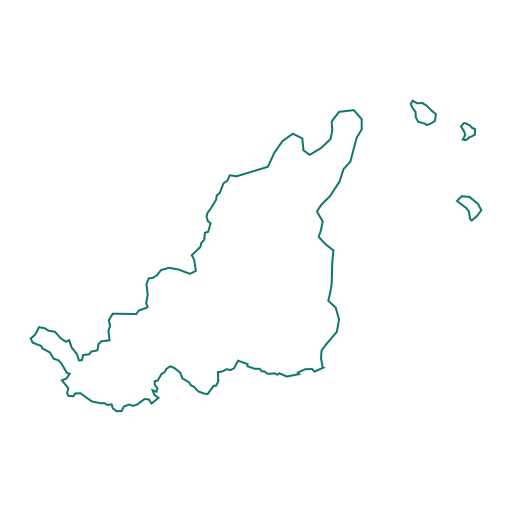 Fajardo, Puerto Rico
{"feature_id": "32010507B96449576459370", "entity_name": "Fajardo", "entity_type": "district", "adm_level": 2, "iso_a3": "PRI", "parent_name": "Puerto Rico", "parent_adm1": "", "projection": "mercator", "projection_center": [-65.654, 18.33], "detail": "fine", "context": "isolated", "style": "outline", "palette": "teal", "viewbox_px": 512, "rotation_deg": 0, "n_neighbors": 0, "source": "geoboundaries", "source_scale": "gbopen_adm2", "svg_char_len": 3393}
<svg xmlns="http://www.w3.org/2000/svg" viewBox="0 0 512 512"><path d="M30.7,338.5L32.7,342.7L41.1,345.9L42.5,348.5L50.0,352.5L53.5,358.6L58.4,360.3L61.5,363.5L66.7,372.7L69.7,373.7L66.4,378.6L61.9,380.3L68.3,388.2L67.1,392.9L68.4,395.9L73.4,396.2L75.3,393.4L80.5,393.3L91.7,401.4L100.9,403.3L104.1,403.1L107.8,405.0L111.6,404.3L112.8,408.3L116.6,411.3L121.6,411.0L123.9,406.5L129.3,404.5L132.8,405.9L137.0,404.6L144.5,399.1L148.9,399.4L151.5,403.5L158.5,397.9L154.3,394.7L152.6,390.2L156.4,391.7L157.5,388.7L154.7,384.4L154.7,381.3L157.8,380.5L161.3,374.3L164.8,371.9L166.3,369.0L170.1,366.3L174.2,367.9L180.3,372.7L182.2,378.2L189.1,382.4L190.8,385.2L193.9,386.7L198.2,391.3L203.5,393.4L207.6,394.1L213.6,385.8L216.0,385.8L218.3,381.2L217.9,372.1L222.2,371.5L226.8,369.2L230.3,370.1L233.9,368.4L238.1,360.7L247.6,364.1L247.4,366.2L254.6,368.8L259.8,368.8L261.7,371.4L264.4,371.4L267.6,373.8L275.1,373.4L277.4,374.7L279.4,373.3L286.8,376.5L299.2,374.1L297.9,372.6L305.3,369.2L309.7,369.1L312.0,368.9L314.5,371.6L323.2,367.7L322.7,367.5L321.0,358.5L321.2,355.7L321.5,350.6L326.6,343.8L336.8,331.9L337.7,327.1L338.8,320.8L338.9,320.2L339.0,320.0L339.1,319.4L337.7,314.6L335.9,308.4L335.7,307.6L334.5,306.5L328.3,300.8L330.6,290.6L331.7,283.2L332.3,262.3L332.5,260.0L333.4,250.4L326.5,245.0L326.1,244.7L325.5,244.2L322.5,241.0L318.7,236.9L321.0,230.1L321.3,228.2L322.7,221.6L321.7,219.8L317.9,213.1L317.0,211.4L321.0,205.2L323.3,202.8L330.0,196.1L332.0,193.1L338.7,182.8L339.6,181.4L343.6,169.0L346.8,165.5L350.4,161.6L354.6,145.5L356.5,138.3L356.6,137.9L361.7,129.4L361.7,127.4L361.7,121.7L361.7,119.6L361.7,119.2L353.8,110.2L353.3,110.2L349.7,110.6L343.6,111.3L339.1,111.9L337.5,113.9L331.7,121.5L332.0,126.4L332.3,130.5L331.7,133.6L331.6,133.8L330.6,139.0L321.0,148.1L309.7,154.8L303.4,150.3L303.1,146.3L302.3,138.4L292.8,133.7L287.8,137.3L282.7,140.9L280.7,143.7L275.1,151.6L274.3,152.8L267.9,166.8L262.6,168.4L261.9,168.6L244.8,173.8L236.5,176.3L229.8,175.3L227.3,180.7L223.5,183.3L219.7,193.1L216.8,195.4L216.5,197.4L216.1,199.7L211.2,207.8L207.5,212.9L206.6,216.3L207.8,221.1L210.6,223.3L208.2,231.8L204.9,232.8L204.3,239.6L201.1,243.3L200.4,247.0L191.8,255.2L194.2,259.8L195.7,269.5L195.9,270.9L190.0,273.8L183.5,271.5L178.9,269.6L169.1,267.8L161.0,270.1L156.9,275.4L152.5,278.0L148.9,278.2L146.5,283.9L147.7,294.8L146.2,303.0L147.6,307.0L146.5,307.8L138.8,310.5L136.4,314.0L112.7,313.7L108.8,320.2L110.1,325.8L108.5,330.7L109.5,340.3L101.4,341.3L98.5,344.1L97.5,350.3L91.3,351.6L88.9,354.4L83.1,355.0L81.9,360.1L78.9,360.4L77.0,354.2L71.7,347.6L69.1,340.2L65.9,341.7L60.5,338.1L55.0,331.8L48.4,330.6L44.7,328.2L39.0,327.2L35.2,334.6L30.7,338.5ZM410.7,103.9L412.4,107.8L415.5,111.8L415.8,117.4L418.1,121.7L424.9,123.7L426.8,125.1L431.1,123.4L435.0,120.8L435.9,114.0L431.9,110.9L430.2,109.2L426.8,105.8L422.3,103.0L417.2,103.3L412.7,100.7L412.4,101.2L410.7,103.9ZM457.4,200.6L457.0,201.0L466.3,208.1L466.6,208.4L469.1,212.0L470.0,218.8L471.7,220.5L477.3,215.7L478.6,213.9L481.3,210.1L477.9,203.8L470.2,197.5L469.7,197.0L461.8,196.2L458.4,199.5L457.4,200.6ZM463.9,123.1L461.0,126.4L464.2,131.6L465.2,134.7L464.7,135.7L463.9,137.8L462.8,139.5L465.5,140.2L467.0,139.4L468.6,138.1L469.7,137.0L471.6,136.5L473.5,135.4L474.9,134.6L474.9,133.6L474.9,132.6L475.1,129.9L475.0,129.0L471.7,127.6L470.0,125.5L466.7,123.8L465.1,123.2L463.9,123.1Z" fill="none" stroke="#0f766e" stroke-width="2"/></svg>